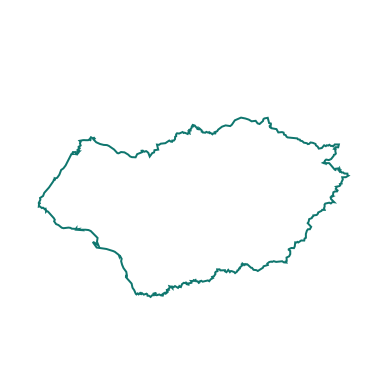 outline of Besalampy, Melaky, Madagascar, rotated 301°
{"feature_id": "10022922B83460232588272", "entity_name": "Besalampy", "entity_type": "district", "adm_level": 2, "iso_a3": "MDG", "parent_name": "Madagascar", "parent_adm1": "Melaky", "projection": "albers", "projection_center": [45.158, -16.857], "detail": "fine", "context": "isolated", "style": "outline", "palette": "teal", "viewbox_px": 384, "rotation_deg": 301, "n_neighbors": 0, "source": "geoboundaries", "source_scale": "gbopen_adm2", "svg_char_len": 6009}
<svg xmlns="http://www.w3.org/2000/svg" viewBox="0 0 384 384"><g transform="rotate(301 192 192)"><path d="M178.0,69.3L177.6,70.7L176.1,70.8L174.5,72.6L172.7,71.7L172.6,72.2L171.5,72.2L172.1,72.5L171.7,73.0L171.3,72.3L170.5,72.9L169.6,72.4L169.4,73.6L168.4,73.0L168.7,73.8L168.0,73.7L168.4,74.3L167.1,73.8L167.1,74.4L165.0,74.1L165.1,73.2L164.3,73.9L166.0,71.4L164.9,69.4L163.2,69.5L163.2,70.4L162.3,69.1L149.6,70.0L146.0,69.6L143.5,68.5L138.5,69.4L135.8,69.2L134.5,69.0L133.2,67.7L132.7,67.9L132.8,67.2L131.4,67.7L131.2,67.3L129.9,67.6L122.2,67.1L115.2,65.8L111.9,66.4L108.6,64.8L107.3,66.0L103.6,66.3L103.3,66.7L104.2,67.0L103.9,67.4L103.0,67.0L100.6,68.2L101.3,68.8L100.9,71.6L101.8,72.3L101.6,74.1L102.1,74.9L101.3,75.0L101.4,76.1L100.0,77.0L100.9,77.2L101.0,78.8L98.4,87.1L97.5,88.7L95.9,88.9L94.5,92.0L94.9,94.6L94.3,98.7L94.8,100.5L97.9,104.5L98.7,106.4L98.6,107.7L100.5,111.4L101.3,111.5L100.3,112.0L101.7,113.7L101.4,113.6L101.5,114.0L100.7,113.5L102.6,117.3L102.7,116.7L104.9,120.3L106.1,122.9L106.4,125.3L104.0,134.7L100.4,136.2L98.0,139.4L98.4,134.4L98.2,133.5L97.7,133.4L95.3,138.9L99.1,148.0L100.7,154.6L101.0,156.6L100.4,161.5L99.4,162.8L100.2,162.5L100.2,163.1L99.4,163.5L99.8,163.8L98.5,166.1L96.2,166.9L93.6,169.6L91.5,172.5L89.7,176.8L86.8,179.3L85.4,180.0L85.6,178.9L85.0,179.2L82.4,187.4L79.3,190.3L78.1,193.0L75.8,196.2L75.6,197.1L77.1,197.7L76.8,199.0L78.9,199.6L78.9,200.2L78.0,200.0L78.3,201.1L79.5,201.2L79.2,203.5L81.4,205.4L81.3,206.3L80.2,207.3L80.9,208.5L80.7,210.5L83.1,211.1L83.7,212.2L85.0,211.3L86.5,212.6L86.5,213.0L85.3,212.6L84.8,213.4L85.4,215.0L87.3,216.7L87.4,218.7L88.7,219.2L87.9,219.7L88.1,220.3L90.3,219.8L92.0,220.8L92.1,221.3L91.0,221.0L91.2,221.8L93.7,222.7L94.2,222.4L93.7,222.0L95.1,220.9L96.3,222.5L96.9,221.7L98.7,222.3L99.6,221.2L100.0,222.8L99.4,224.9L100.8,224.0L101.2,225.4L102.6,225.9L102.6,229.4L103.9,229.4L104.2,230.2L104.9,229.9L104.9,231.4L107.9,230.9L109.9,231.7L110.6,233.6L111.3,233.6L111.2,234.4L110.3,235.0L110.8,236.7L111.9,236.1L113.9,238.3L114.8,237.9L115.2,237.0L116.0,238.6L117.4,238.9L117.5,239.6L116.9,239.1L117.0,239.8L118.4,240.4L117.6,241.4L118.3,242.8L117.6,244.6L118.4,245.0L119.4,244.6L120.7,245.7L120.6,247.3L124.4,251.2L124.4,252.7L126.8,253.0L128.9,254.2L129.0,253.5L129.8,253.6L129.9,253.2L131.0,254.2L133.9,254.3L134.5,253.5L135.8,253.4L137.2,254.6L138.6,253.4L139.9,255.5L139.4,256.7L141.9,260.5L141.0,261.1L141.0,262.8L143.9,263.2L142.9,265.7L144.1,265.9L144.6,266.7L145.1,269.3L144.7,270.7L147.0,271.6L148.1,271.3L148.8,272.0L150.7,271.8L151.2,272.4L151.9,271.9L154.8,272.8L155.6,271.8L156.2,272.0L156.1,272.8L156.6,272.5L156.5,273.4L157.1,274.1L156.7,274.8L158.0,275.3L158.0,276.2L158.5,276.7L157.5,281.6L157.9,282.5L157.0,284.8L158.2,287.5L158.2,289.1L163.6,291.8L165.2,291.6L168.5,294.6L169.4,293.4L171.8,294.3L173.2,295.8L173.3,296.6L174.8,297.7L175.4,300.1L179.1,305.0L179.0,307.0L180.1,309.2L180.8,308.1L181.7,308.7L184.5,306.8L186.9,308.4L189.4,308.2L192.0,306.6L192.3,304.6L192.8,304.4L195.2,306.0L196.4,308.3L198.3,308.1L202.0,306.4L202.5,307.6L203.5,308.0L203.5,309.1L206.7,310.6L208.2,313.2L210.1,312.5L211.4,313.2L214.7,311.2L218.0,310.4L219.8,310.6L220.8,312.2L223.5,312.1L224.9,307.2L226.5,307.3L229.1,306.4L231.3,308.1L232.3,307.9L233.6,308.4L234.4,308.0L236.5,310.7L238.4,311.1L239.4,310.7L242.5,312.7L243.8,312.8L245.0,314.9L246.1,313.5L247.8,313.2L249.5,312.1L250.7,312.2L253.5,315.1L253.7,316.9L255.8,317.6L256.5,319.2L257.6,314.8L258.8,313.6L261.1,315.1L260.9,314.1L261.9,314.5L264.5,313.3L266.0,314.1L267.2,316.0L268.3,316.0L268.7,313.6L270.7,313.5L270.8,312.9L273.1,315.4L274.2,315.6L275.0,314.7L276.3,315.9L277.0,315.1L280.4,314.8L282.0,313.2L283.9,316.2L286.5,317.6L286.4,316.9L287.8,315.7L286.3,313.1L286.6,311.5L285.8,310.4L286.2,309.3L285.4,308.6L285.8,307.6L287.1,307.7L286.7,306.8L287.6,306.5L286.9,305.9L287.4,305.7L286.9,305.6L287.2,304.8L286.0,303.3L284.8,303.6L284.7,302.8L287.4,294.8L286.1,292.5L285.2,292.4L285.6,291.3L284.7,290.7L284.5,289.3L286.0,290.2L287.3,289.8L288.9,290.3L289.8,292.8L291.9,294.3L296.0,294.8L297.0,294.5L298.0,295.4L299.0,295.5L301.1,293.6L302.5,293.2L302.1,291.6L304.4,292.1L305.6,294.3L308.4,293.4L306.3,289.9L303.8,289.5L303.8,288.4L303.0,287.4L303.2,285.4L301.9,284.8L301.5,283.5L300.2,283.1L300.1,281.2L296.5,280.6L294.5,278.3L295.6,276.4L295.8,274.2L296.8,273.1L296.4,270.3L295.5,268.1L293.6,267.6L292.7,266.6L293.0,265.3L291.9,262.4L292.4,260.4L291.8,258.4L292.4,257.5L291.7,255.5L292.2,254.7L288.0,245.8L288.1,244.5L289.0,243.0L288.6,241.3L290.1,239.9L289.7,238.3L287.5,235.3L289.4,232.0L287.6,227.3L287.7,225.4L288.0,225.1L288.4,225.9L289.0,224.7L290.1,225.1L291.3,224.3L290.8,222.6L294.6,218.7L292.3,216.1L291.0,215.7L289.5,216.3L285.1,214.9L284.6,212.9L285.8,209.9L283.3,206.7L283.3,203.4L282.5,199.9L281.0,195.7L275.5,191.8L270.1,191.5L268.2,190.8L266.4,186.5L263.5,184.1L258.9,182.3L257.1,182.3L255.2,180.8L254.9,181.6L254.2,181.8L253.2,180.0L252.0,179.8L252.2,177.2L251.6,176.8L252.1,175.8L251.2,175.3L250.9,173.3L249.7,172.9L248.6,170.6L249.2,169.8L248.8,169.2L249.8,168.5L250.4,165.4L249.8,165.0L249.2,165.4L248.8,164.3L250.1,163.6L249.4,162.9L250.4,160.1L249.9,158.1L248.8,158.1L248.5,159.0L247.6,158.2L246.2,158.7L245.1,158.3L244.2,159.0L243.7,157.8L242.7,158.7L242.3,157.9L241.0,159.5L240.8,158.3L239.5,158.4L239.1,155.2L238.3,154.5L238.6,153.1L235.5,150.9L234.6,148.9L233.2,148.7L231.7,149.7L230.7,149.1L228.5,150.2L226.6,149.9L225.9,148.6L224.8,149.0L224.3,147.9L224.4,146.0L220.1,144.0L217.3,140.3L215.5,139.5L214.6,137.6L210.9,141.2L208.5,138.3L206.4,139.1L204.9,137.9L200.6,137.5L203.0,134.5L203.4,132.8L203.4,131.6L201.9,130.3L202.1,128.5L201.4,127.6L200.4,128.7L196.2,125.5L192.7,125.8L190.9,122.5L190.6,120.6L191.2,118.0L191.2,113.7L189.7,110.6L187.4,109.2L186.9,108.0L188.3,103.3L188.7,96.9L188.4,94.9L186.9,92.1L185.8,88.5L185.3,84.3L186.4,80.3L186.8,80.1L187.7,80.9L188.0,80.1L186.9,79.3L186.9,77.2L185.3,77.1L184.5,78.2L184.0,78.1L184.0,76.8L182.9,76.3L180.4,72.0L178.0,69.3Z" fill="none" stroke="#0f766e" stroke-width="2"/></g></svg>